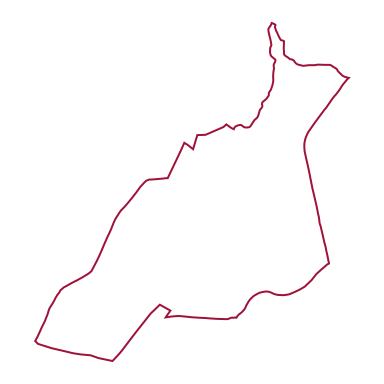 outline of San Juan Huactzinco, Tlaxcala, Mexico
{"feature_id": "50627088B94791991588668", "entity_name": "San Juan Huactzinco", "entity_type": "district", "adm_level": 2, "iso_a3": "MEX", "parent_name": "Mexico", "parent_adm1": "Tlaxcala", "projection": "albers", "projection_center": [-98.251, 19.238], "detail": "fine", "context": "isolated", "style": "outline", "palette": "rose", "viewbox_px": 384, "rotation_deg": 0, "n_neighbors": 0, "source": "geoboundaries", "source_scale": "gbopen_adm2", "svg_char_len": 4178}
<svg xmlns="http://www.w3.org/2000/svg" viewBox="0 0 384 384"><path d="M268.6,31.9L269.3,35.2L270.2,38.5L270.8,41.5L271.4,45.0L270.2,47.9L270.0,52.2L270.7,55.3L271.7,56.6L274.4,58.8L275.1,59.4L275.5,60.4L275.1,61.9L274.2,63.5L273.7,64.8L273.7,66.0L274.0,68.5L273.4,72.0L273.1,76.7L273.3,79.6L273.2,81.7L272.7,83.8L272.4,85.5L271.6,87.6L270.9,89.8L270.0,90.9L268.9,93.0L268.8,94.0L268.8,95.4L268.1,96.4L266.5,98.8L263.1,101.6L262.1,102.9L262.0,104.2L262.4,105.7L262.2,106.8L261.9,107.5L260.0,109.8L259.6,111.0L258.9,113.2L258.4,115.2L257.5,117.1L256.7,118.2L255.0,119.5L254.1,120.6L253.3,121.8L253.1,122.0L251.6,124.5L250.5,126.2L249.8,126.8L249.1,127.2L248.1,127.4L246.1,127.5L244.9,127.4L243.9,127.0L243.0,126.4L242.0,125.6L241.5,125.2L240.7,125.0L239.6,125.0L238.0,125.4L236.4,126.0L235.4,126.6L234.8,127.2L234.3,128.0L233.8,129.2L231.5,128.1L226.3,124.4L223.5,127.0L205.6,134.8L203.2,134.9L197.3,135.1L193.1,149.2L187.8,145.0L184.3,142.8L180.7,150.9L167.7,178.2L166.5,178.1L162.7,178.6L160.1,178.8L158.4,179.0L151.6,179.5L149.3,179.5L146.1,180.8L143.3,183.6L141.5,185.6L140.6,186.5L139.2,188.4L136.6,192.0L132.6,197.2L126.7,204.4L124.0,207.4L121.1,210.3L119.1,213.1L116.6,217.1L115.3,219.1L113.8,222.4L112.9,224.6L111.3,228.7L109.3,233.2L107.6,236.6L105.5,241.4L104.0,244.8L101.4,251.0L99.0,256.4L96.9,260.8L91.5,271.1L88.8,273.4L83.0,277.0L78.0,279.8L71.7,283.0L66.6,285.9L63.6,287.5L61.9,289.1L60.4,290.3L59.3,292.5L57.5,294.7L55.7,297.6L54.5,300.0L52.7,303.3L51.1,305.8L49.8,307.8L48.7,310.4L47.6,314.2L44.7,321.5L41.9,327.1L39.8,331.8L37.8,336.2L35.2,341.0L38.0,343.9L51.3,348.1L67.2,351.8L72.9,353.2L80.6,354.4L90.7,355.3L98.6,358.1L112.5,361.0L112.7,360.8L117.8,355.4L120.4,352.4L122.3,350.1L122.8,349.4L130.1,339.8L136.3,331.7L140.5,326.4L147.0,318.2L147.9,317.0L149.8,314.6L150.9,313.3L154.5,309.9L159.8,304.7L160.2,304.9L170.4,310.6L166.0,316.9L165.7,317.4L166.3,317.3L168.3,317.0L171.8,316.5L175.2,316.2L178.5,316.0L181.4,316.2L187.5,316.8L192.2,317.3L197.6,317.6L198.2,317.7L202.3,317.9L204.9,318.0L209.6,318.4L217.8,318.9L221.1,319.0L222.3,319.0L224.3,319.1L227.2,319.1L228.3,318.9L231.5,317.7L232.3,317.6L233.0,317.8L233.4,317.8L234.2,317.6L235.1,317.5L236.3,317.8L237.6,315.8L239.1,314.3L241.6,312.4L243.2,310.7L244.3,309.4L245.4,307.7L245.9,306.4L246.1,305.8L248.7,301.3L250.3,299.2L253.4,296.2L256.7,294.2L259.4,292.8L262.7,292.0L265.0,291.6L267.2,291.5L268.4,291.7L270.0,292.1L271.6,292.8L272.9,293.4L274.3,294.1L277.7,294.9L281.4,295.1L284.4,295.1L287.7,294.6L289.5,294.2L294.0,292.3L296.6,291.1L298.7,290.1L300.8,289.0L304.9,286.5L311.5,280.2L316.4,274.0L321.7,269.2L323.4,267.8L325.0,266.4L327.3,264.4L329.0,263.5L328.9,262.7L328.6,261.5L328.4,260.8L328.0,258.6L327.4,255.5L326.3,250.7L325.4,246.0L324.5,243.1L322.8,235.5L321.2,228.6L320.6,226.0L319.8,223.9L319.5,222.5L319.4,221.4L319.3,220.3L319.3,219.8L319.0,218.8L319.0,217.8L318.9,217.3L318.0,213.4L316.7,206.6L315.6,201.9L313.3,192.0L312.3,187.9L312.0,186.2L311.4,183.3L311.0,181.2L310.4,178.3L309.7,174.5L308.4,168.3L306.0,157.6L305.7,156.3L305.0,153.0L304.6,151.0L304.4,148.3L304.4,147.9L304.3,145.4L304.4,144.1L304.4,143.2L304.9,140.8L305.1,139.7L305.4,138.8L305.6,137.9L306.0,136.9L306.7,135.3L307.5,133.5L308.0,132.5L310.1,129.4L311.2,127.9L314.6,123.0L317.5,119.1L324.6,109.5L326.1,107.9L326.9,106.7L330.0,102.2L331.4,100.1L332.7,98.3L333.8,96.9L334.5,96.0L335.3,95.2L336.2,94.2L337.4,92.6L338.6,91.0L339.5,89.8L340.8,87.8L341.8,86.1L343.5,83.8L344.3,82.9L346.0,80.8L347.3,79.2L348.8,77.9L345.3,77.0L344.7,76.8L343.8,76.4L342.7,75.8L342.0,75.2L339.0,72.3L337.6,70.7L337.1,69.5L336.3,68.7L335.1,67.9L332.6,66.4L331.2,65.4L330.3,65.0L329.5,64.9L328.7,64.9L325.7,64.9L320.2,64.7L317.4,64.7L314.5,65.2L312.6,65.2L308.6,65.2L303.8,65.8L302.4,65.7L297.8,64.5L296.8,64.0L295.9,63.3L295.1,62.4L294.5,61.6L294.0,60.7L293.2,60.1L292.2,59.6L291.2,59.3L289.9,59.1L288.1,57.6L285.2,55.7L284.4,54.8L284.0,54.1L284.0,51.5L283.7,48.6L283.8,46.6L284.0,41.5L283.7,40.9L282.6,40.6L281.9,40.4L281.0,40.1L280.1,38.9L278.0,34.8L277.1,32.5L276.1,30.7L274.9,27.0L275.2,25.8L275.5,25.0L275.2,24.6L272.7,23.3L271.7,23.0L270.8,25.3L269.1,27.7L268.3,29.2L268.6,31.9Z" fill="none" stroke="#9f1239" stroke-width="2"/></svg>